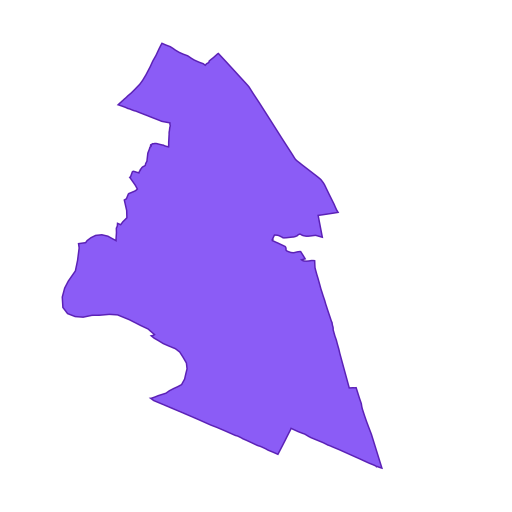 the district of Malu Mare, Dolj, Romania, rotated 15°
{"feature_id": "2599482B22057197268222", "entity_name": "Malu Mare", "entity_type": "district", "adm_level": 2, "iso_a3": "ROU", "parent_name": "Romania", "parent_adm1": "Dolj", "projection": "natural_earth1", "projection_center": [23.851, 44.259], "detail": "fine", "context": "isolated", "style": "filled", "palette": "violet", "viewbox_px": 512, "rotation_deg": 15, "n_neighbors": 0, "source": "geoboundaries", "source_scale": "gbopen_adm2", "svg_char_len": 5298}
<svg xmlns="http://www.w3.org/2000/svg" viewBox="0 0 512 512"><g transform="rotate(15 256 256)"><path d="M432.5,428.3L413.7,398.5L408.7,391.6L405.7,387.4L402.3,382.4L398.4,376.4L397.2,374.2L395.9,371.3L393.0,367.0L386.8,357.3L386.0,357.6L383.0,358.4L381.6,358.9L380.2,359.3L362.1,328.3L360.2,324.7L358.7,322.2L357.2,319.7L355.4,316.5L353.9,314.3L353.1,313.2L352.1,311.5L350.5,308.8L349.6,307.3L349.5,306.8L349.2,305.8L348.8,304.8L347.7,303.0L346.6,300.5L346.5,300.4L345.7,299.5L344.2,297.2L338.7,288.9L336.9,286.1L335.7,284.3L334.0,281.4L331.0,276.9L329.1,273.9L327.2,271.0L325.0,267.2L321.7,261.6L319.5,258.1L317.4,254.5L316.0,252.0L315.3,249.9L313.9,245.4L313.5,245.4L312.4,245.6L310.8,246.0L308.4,247.1L306.2,247.9L304.9,248.2L303.6,248.4L303.2,248.4L302.7,248.4L302.2,248.3L301.5,248.1L301.0,247.9L304.2,246.0L301.6,243.5L298.0,240.2L297.3,240.3L294.9,241.3L291.6,243.1L290.1,243.4L288.5,243.6L287.6,243.5L286.1,243.4L284.8,243.2L284.2,243.0L283.8,242.8L283.5,242.5L283.3,242.0L283.1,241.2L282.7,240.3L282.2,239.7L281.7,239.3L278.6,238.7L275.2,238.1L273.7,237.8L272.9,237.7L271.4,237.5L269.9,237.2L268.7,237.0L267.8,236.9L268.0,235.6L267.5,235.6L268.4,231.0L270.1,230.6L271.5,230.4L272.9,230.4L274.5,230.7L276.4,231.1L277.2,231.4L278.2,231.3L280.6,230.5L286.2,228.3L287.4,227.9L289.1,226.9L290.6,225.7L291.3,224.5L292.0,223.9L292.7,223.5L293.6,223.5L294.1,223.7L294.8,223.9L295.5,224.0L296.2,224.1L299.0,223.9L299.7,223.8L301.7,223.2L307.7,220.8L308.3,220.6L309.5,220.6L314.2,220.7L315.2,220.7L305.5,200.7L309.5,199.0L320.7,194.1L324.0,192.6L323.6,192.2L321.9,190.6L319.9,188.2L318.1,185.9L311.2,178.1L307.9,174.3L303.6,169.3L302.1,167.9L299.3,165.7L298.3,165.1L296.2,164.1L287.4,160.4L278.0,156.5L270.8,153.4L269.0,152.4L267.4,151.0L265.1,148.8L250.3,135.4L235.1,121.4L219.8,107.4L211.0,99.6L205.5,94.5L204.1,93.5L193.6,86.8L177.3,76.4L167.2,70.1L166.6,70.7L163.6,75.3L161.5,78.1L160.3,79.9L160.4,80.8L160.1,81.6L159.4,82.2L158.5,83.1L157.6,84.9L155.2,83.9L151.4,83.6L149.3,83.3L145.6,82.7L142.5,81.8L138.2,80.3L133.6,79.9L129.1,79.2L124.8,78.0L122.2,77.0L119.0,76.0L114.1,75.5L110.1,74.9L109.5,77.3L108.7,81.2L107.5,88.1L106.0,93.8L105.6,95.9L104.9,100.2L102.8,109.6L101.0,115.8L99.3,120.2L95.2,127.6L93.2,131.0L92.0,132.7L90.8,134.4L89.4,136.8L88.4,138.2L88.0,138.8L87.4,139.8L87.0,140.5L86.5,141.1L86.0,142.0L85.1,143.3L84.4,144.4L83.7,145.6L83.9,145.6L88.0,145.9L91.5,146.2L94.2,146.7L95.6,146.6L98.5,147.0L100.8,147.2L102.1,147.1L108.0,147.8L121.4,149.3L127.8,150.0L129.7,150.3L130.6,150.3L134.3,150.0L138.4,149.7L138.5,150.1L138.7,150.8L138.9,151.3L139.2,151.9L139.5,152.4L139.5,152.9L139.5,153.6L139.5,154.4L139.7,155.7L139.9,157.2L140.0,157.6L140.0,158.2L140.0,158.5L140.1,158.9L140.2,159.6L140.6,160.9L140.8,162.0L142.0,167.6L142.1,168.3L142.9,171.3L143.3,173.2L141.4,173.3L140.5,173.3L139.2,173.2L138.7,173.1L138.1,173.0L137.9,172.9L137.3,173.0L134.2,173.1L130.9,173.1L129.5,173.4L128.9,173.6L128.2,174.0L127.6,174.2L127.3,174.2L126.7,174.6L126.4,175.3L126.2,175.5L125.5,175.9L125.5,176.3L126.0,176.4L126.2,176.5L126.3,176.8L126.2,177.1L126.0,177.7L125.7,177.9L125.4,178.3L125.4,178.7L125.4,179.0L125.4,179.7L125.3,181.0L124.9,184.6L126.1,192.7L125.5,195.3L125.6,197.2L125.1,197.8L123.7,199.0L122.9,200.1L122.6,201.2L122.2,201.8L121.9,202.6L122.1,202.8L122.1,203.1L122.1,203.4L121.9,203.6L121.6,204.0L121.4,205.2L121.4,206.0L120.9,206.0L118.8,206.0L117.6,205.9L115.6,205.9L115.3,206.1L115.1,206.4L114.8,206.7L114.7,207.6L114.3,212.1L113.7,212.7L118.4,216.6L121.0,218.8L124.1,222.0L123.6,222.8L123.2,223.5L122.6,224.1L122.2,224.6L121.8,224.9L121.4,225.2L121.0,225.6L120.5,225.9L120.1,226.2L119.9,226.4L119.6,226.6L119.3,226.9L118.6,227.4L117.8,228.0L117.4,228.3L117.1,228.5L116.9,228.8L116.8,229.0L116.6,229.4L116.6,229.7L116.3,232.0L116.0,234.3L115.1,235.2L114.3,236.0L119.3,245.5L121.4,252.5L118.5,257.5L117.2,260.8L113.8,260.3L114.3,263.0L113.9,265.3L115.2,269.7L116.4,275.8L116.8,277.4L116.0,277.2L112.1,276.3L107.8,275.2L101.6,275.4L95.8,277.6L91.9,281.0L88.9,284.8L88.0,287.2L81.4,290.0L83.1,294.0L84.8,306.5L85.4,317.2L81.2,328.8L79.5,336.5L79.5,345.8L82.8,355.7L88.9,360.4L97.0,361.3L104.9,359.8L113.0,355.7L119.9,353.8L129.5,350.3L137.5,348.7L150.1,350.3L162.7,353.0L170.6,354.4L178.3,358.2L177.4,359.2L175.5,360.2L178.8,361.7L183.7,363.0L189.1,364.6L195.8,365.6L202.1,366.4L207.2,368.5L212.1,373.0L216.5,377.4L218.6,382.8L218.7,387.9L218.9,393.4L217.4,399.5L214.2,402.5L210.8,405.3L207.2,408.6L204.6,411.8L197.7,416.2L195.1,418.2L191.9,420.4L191.1,420.7L194.6,422.1L202.0,423.1L231.4,427.2L243.0,428.9L251.7,430.3L256.2,431.0L262.9,431.7L271.9,433.0L282.1,434.6L283.2,434.7L284.5,434.6L286.2,434.9L289.2,435.5L290.3,435.9L294.5,436.5L300.8,437.6L302.4,437.9L305.7,438.5L307.3,438.7L309.1,438.7L311.2,439.0L313.6,439.4L315.2,439.7L317.9,440.4L323.4,441.1L328.5,441.9L330.5,432.9L331.9,426.4L332.8,421.9L334.3,414.9L334.5,413.4L342.1,414.7L344.8,415.0L346.6,415.2L347.7,415.3L348.8,415.3L351.0,415.9L353.7,416.7L355.2,417.0L355.9,417.2L369.2,418.9L371.1,419.3L373.5,419.8L374.1,420.0L374.9,420.0L375.8,420.1L377.1,420.2L378.8,420.5L386.3,421.5L404.3,424.4L416.3,426.4L419.4,426.9L422.9,427.3L425.4,427.7L426.3,427.9L426.9,428.4L427.7,428.0L428.0,427.9L428.3,428.0L428.8,428.1L430.0,428.2L431.5,428.3L432.5,428.3Z" fill="#8b5cf6" stroke="#5b21b6" stroke-width="1.5"/></g></svg>